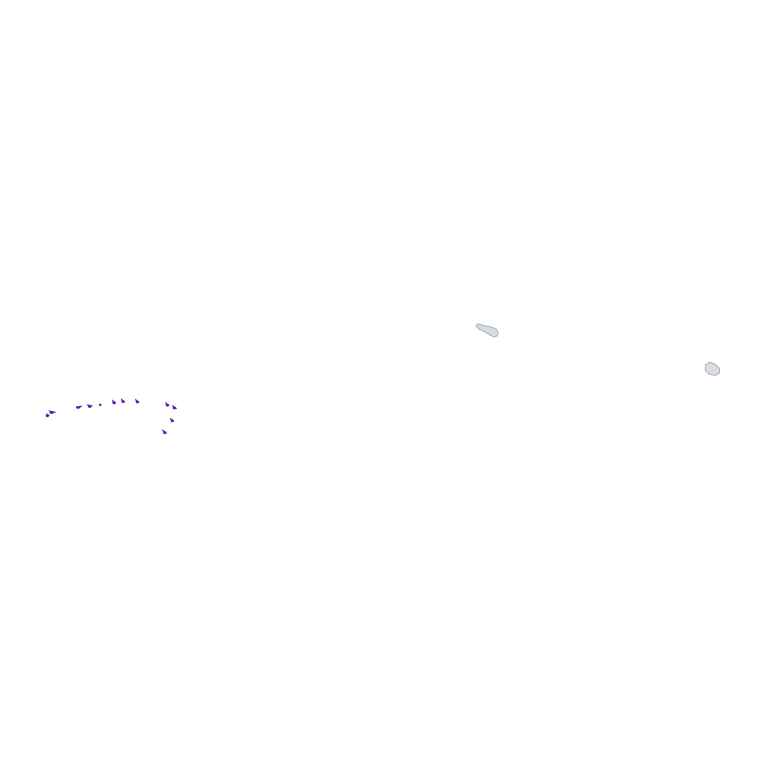 location of Raa within Maldives, rotated 275°
{"feature_id": "MDV-5226", "entity_name": "Raa", "entity_type": "Atoll", "adm_level": 1, "iso_a3": "MDV", "parent_name": "Maldives", "parent_adm1": "", "projection": "natural_earth1", "projection_center": [72.972, 5.719], "detail": "fine", "context": "in_parent", "style": "outline", "palette": "violet", "viewbox_px": 768, "rotation_deg": 275, "n_neighbors": 0, "source": "natural_earth", "source_scale": "10m", "svg_char_len": 1616}
<svg xmlns="http://www.w3.org/2000/svg" viewBox="0 0 768 768"><g transform="rotate(275 384 384)"><path d="M448.6,490.9L445.0,493.2L441.6,492.3L440.4,489.4L442.1,485.2L445.0,479.8L446.9,473.9L449.8,470.8L452.0,471.8L451.7,475.1L450.7,479.7L450.1,485.5L448.6,490.9ZM428.7,716.8L424.2,717.3L421.4,713.1L422.1,707.1L425.5,702.9L431.0,702.6L434.1,706.4L432.5,712.2L428.7,716.8Z" fill="#d9dde1" stroke="#a8b0b8" stroke-width="1"/><path d="M327.3,54.0L327.0,57.0L326.1,55.4L326.2,54.7L327.3,54.0ZM334.0,79.4L334.0,79.5L334.6,82.8L333.8,82.0L333.6,81.3L334.0,79.4ZM336.7,91.7L336.4,93.9L335.8,93.3L335.5,92.9L335.5,92.5L336.1,92.1L336.7,91.7ZM342.7,116.0L342.3,116.5L342.2,117.1L342.0,117.5L341.5,117.5L341.3,116.3L341.6,116.0L342.1,116.1L342.7,116.0ZM323.9,51.1L323.6,51.5L323.5,52.0L323.4,52.3L323.0,52.1L322.7,51.9L322.7,50.9L322.9,50.7L323.4,51.0L323.9,51.1ZM342.7,176.5L342.4,177.0L342.1,177.9L341.8,178.2L341.4,177.1L341.6,176.7L342.1,176.7L342.7,176.5ZM317.3,169.0L317.0,169.5L316.9,170.0L316.7,170.4L316.3,170.6L316.0,169.5L316.2,169.3L316.7,169.3L317.3,169.0ZM344.9,169.3L344.6,169.8L344.4,170.3L344.3,170.7L343.9,170.8L343.6,170.0L343.6,169.8L343.8,169.5L344.3,169.5L344.9,169.3ZM345.5,139.1L345.2,139.6L345.1,140.1L344.9,140.4L344.5,140.6L344.2,139.6L344.5,139.3L345.0,139.3L345.5,139.1ZM344.6,124.8L344.3,125.2L344.2,125.7L344.0,126.1L343.6,126.3L343.3,125.2L343.6,125.0L344.1,124.9L344.6,124.8ZM329.7,175.5L329.4,176.0L329.2,176.4L329.1,176.8L328.7,176.9L328.4,176.0L328.6,175.7L329.1,175.7L329.7,175.5ZM338.8,102.1L338.6,103.3L338.0,104.0L338.8,102.1Z" fill="none" stroke="#5b21b6" stroke-width="2"/></g></svg>